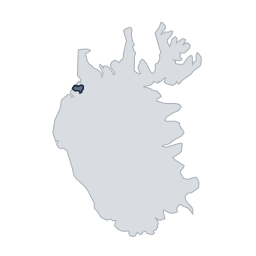 location of Flóahreppur, Suðurland, Iceland, rotated 94°
{"feature_id": "244011B29431294757890", "entity_name": "Flóahreppur", "entity_type": "district", "adm_level": 2, "iso_a3": "ISL", "parent_name": "Iceland", "parent_adm1": "Suðurland", "projection": "albers", "projection_center": [-20.876, 63.886], "detail": "fine", "context": "in_parent", "style": "filled", "palette": "slate", "viewbox_px": 256, "rotation_deg": 94, "n_neighbors": 0, "source": "geoboundaries", "source_scale": "gbopen_adm2", "svg_char_len": 4942}
<svg xmlns="http://www.w3.org/2000/svg" viewBox="0 0 256 256"><g transform="rotate(94 128 128)"><path d="M192.1,66.1L194.3,66.1L197.7,64.2L202.4,59.0L204.4,57.8L209.3,57.3L203.8,62.5L202.0,67.7L200.6,70.3L200.7,71.3L205.2,74.0L207.2,72.8L208.1,73.1L209.0,74.5L209.9,77.2L209.8,80.2L208.8,83.3L207.4,85.9L207.7,86.7L209.1,87.0L216.0,84.8L217.2,88.3L217.9,89.5L217.8,90.7L215.4,94.9L218.5,92.1L221.0,91.2L225.7,91.9L227.6,93.1L229.0,95.5L231.1,94.4L232.3,95.7L232.5,97.2L232.0,101.5L229.6,103.9L231.5,106.7L232.9,106.6L233.2,107.2L233.2,109.0L231.4,111.4L235.1,113.3L235.6,114.1L235.7,116.8L235.3,118.4L234.3,119.4L231.9,119.8L230.5,120.9L231.2,122.5L231.2,127.1L229.6,131.0L228.0,133.1L226.3,134.6L221.1,133.7L221.6,136.8L220.0,139.0L220.5,140.6L221.2,141.4L221.1,143.5L219.3,148.1L217.8,149.6L214.7,151.6L210.3,156.0L205.5,156.4L194.2,163.1L189.8,166.5L182.0,176.3L178.6,178.9L172.6,180.5L154.6,187.5L152.7,191.2L152.6,192.0L153.5,193.3L152.2,196.0L149.5,198.0L148.2,198.0L145.8,196.5L145.6,197.3L146.6,199.2L137.6,202.7L125.0,201.4L113.7,197.2L104.9,196.4L98.7,190.2L98.5,189.2L99.1,187.3L101.4,186.5L100.3,184.6L96.6,188.0L95.4,187.9L93.8,186.5L93.7,185.2L90.6,184.7L85.3,180.8L84.9,179.9L86.1,178.6L85.9,178.3L83.0,178.5L78.8,182.1L53.7,183.1L52.9,181.1L52.1,174.0L53.0,171.0L54.1,171.3L56.9,175.5L63.6,173.4L66.3,171.9L68.9,168.0L70.3,166.8L72.4,161.9L74.5,158.9L78.7,157.5L74.9,156.6L68.7,160.5L66.6,160.5L67.6,158.7L69.8,156.8L68.3,156.7L67.7,155.8L67.7,153.9L68.9,151.0L76.2,145.8L74.5,144.8L69.4,148.8L65.7,150.1L62.7,148.2L61.4,145.7L61.5,144.6L63.3,141.5L63.0,140.9L61.8,140.6L58.7,137.6L53.6,137.7L41.1,135.6L31.4,139.2L29.2,137.3L27.5,133.2L28.0,131.7L29.7,130.8L34.3,131.2L41.2,129.6L44.4,127.4L45.5,128.0L46.1,129.1L50.3,127.5L52.6,125.5L56.3,126.6L70.4,125.8L72.3,123.2L73.1,120.0L72.8,119.3L67.6,122.2L66.4,122.1L60.4,120.4L58.3,118.6L59.1,117.2L62.3,114.2L70.4,109.3L71.5,108.3L71.7,107.1L68.5,104.8L62.5,105.3L61.1,102.7L56.2,101.0L52.8,101.9L51.1,100.3L31.3,107.7L25.1,103.6L20.6,102.7L20.3,101.5L23.1,98.1L25.0,97.6L26.7,98.0L30.1,100.7L32.4,101.5L29.6,97.7L29.6,94.2L28.8,93.3L28.0,90.9L28.4,90.1L31.9,90.8L37.4,95.1L40.2,94.5L44.0,92.0L35.9,90.2L33.6,86.9L35.4,85.3L39.6,85.7L35.2,80.0L35.0,79.0L35.9,76.6L41.6,79.0L38.7,75.6L38.6,74.9L39.5,74.3L40.1,72.3L41.5,71.6L44.4,72.4L48.8,76.4L49.4,77.4L49.5,81.3L51.3,80.8L53.4,81.4L55.2,78.8L56.4,79.4L57.3,81.8L57.1,86.9L58.4,85.2L60.5,85.1L60.9,80.9L60.6,77.5L53.8,73.4L51.2,70.5L51.5,69.5L52.9,68.7L60.1,68.2L57.1,66.5L56.4,64.7L50.9,65.2L48.2,64.4L48.2,63.6L49.3,62.3L52.7,59.8L58.9,59.7L61.4,60.5L66.1,66.4L69.9,68.9L76.3,76.8L80.5,79.9L80.7,80.7L80.0,81.6L78.3,82.6L80.8,84.0L82.3,86.1L82.4,86.9L81.0,93.3L79.4,95.3L75.5,94.1L76.4,96.1L79.2,98.3L79.8,99.5L79.4,100.7L80.7,100.3L81.1,101.0L80.5,104.6L79.8,105.9L82.1,106.6L83.7,108.4L85.7,115.7L86.7,110.1L87.3,108.1L88.3,107.3L89.4,101.6L92.1,98.3L94.5,97.0L97.1,101.0L98.9,101.3L100.7,94.3L100.9,89.2L100.3,83.6L100.6,79.5L101.8,77.1L103.5,76.4L107.0,78.7L109.9,84.3L114.4,90.3L117.5,91.8L118.1,91.6L118.6,89.6L117.9,81.6L119.3,77.2L122.8,76.1L128.1,72.0L129.4,71.9L132.1,74.0L137.2,81.9L140.8,85.6L142.8,91.5L143.7,92.5L144.4,90.6L144.3,88.0L139.7,75.8L139.5,74.1L139.9,72.7L147.3,73.1L149.1,74.4L154.6,81.2L157.0,78.1L161.6,69.5L163.3,69.7L167.8,72.8L169.5,72.4L174.3,69.0L175.1,65.1L172.4,57.3L173.2,55.6L177.7,53.3L182.6,53.4L188.3,60.3L188.8,63.7L192.1,66.1Z" fill="#d9dde1" stroke="#a8b0b8" stroke-width="1"/><path d="M89.2,184.0L89.3,184.2L89.5,184.3L89.8,184.5L90.0,184.6L90.2,184.8L90.3,184.9L90.3,185.0L90.5,185.0L90.8,185.2L90.9,185.3L91.0,185.4L91.1,185.5L91.3,185.5L91.5,185.7L91.6,185.8L91.8,186.0L92.0,186.1L92.3,186.2L92.5,186.1L93.0,185.7L93.2,185.4L93.3,185.3L93.4,185.2L93.5,185.1L93.7,184.9L93.9,184.6L94.0,184.4L94.2,184.1L94.3,184.0L94.3,183.9L94.4,183.7L94.5,183.3L94.5,183.2L94.6,182.9L94.6,182.7L94.5,182.3L94.4,182.2L94.2,181.8L94.2,181.7L94.1,181.2L94.2,180.9L94.2,180.7L94.3,180.4L94.3,180.2L94.4,179.9L94.5,179.7L94.7,179.4L94.8,179.2L94.9,178.9L95.0,178.8L95.2,178.7L95.3,178.7L95.5,178.7L95.8,178.6L95.9,178.4L96.0,178.3L96.0,178.2L96.3,178.2L96.5,178.2L96.1,177.5L95.7,177.2L95.2,176.6L95.0,176.8L94.9,176.9L94.7,176.9L94.4,176.8L94.2,176.8L94.0,176.7L93.9,176.6L93.7,176.5L93.6,176.4L93.4,176.2L93.2,176.1L93.1,175.9L92.9,175.8L92.7,175.8L92.6,176.0L92.4,176.0L92.4,175.9L92.3,175.7L92.2,175.5L91.9,175.7L91.7,175.7L91.4,175.6L91.2,175.5L90.5,175.5L90.4,175.5L90.2,175.6L89.9,175.5L89.7,175.5L89.3,175.5L89.2,175.6L89.0,175.8L88.9,176.0L88.8,176.3L88.7,176.5L88.7,176.8L88.8,177.0L88.8,177.3L88.7,177.4L88.7,177.5L88.4,177.7L88.4,177.8L88.6,178.3L88.8,178.5L89.8,180.1L89.7,180.2L89.6,180.3L89.7,181.0L89.8,181.1L89.7,181.2L89.7,181.3L89.8,181.3L89.7,181.4L89.8,181.4L89.7,181.4L89.7,181.5L89.6,181.8L89.6,182.0L89.4,182.2L89.4,182.3L89.4,182.5L89.3,182.8L89.3,183.0L89.6,183.3L89.7,183.6L89.4,183.7L89.4,183.8L89.2,184.0Z" fill="#64748b" stroke="#1e293b" stroke-width="1.5"/></g></svg>